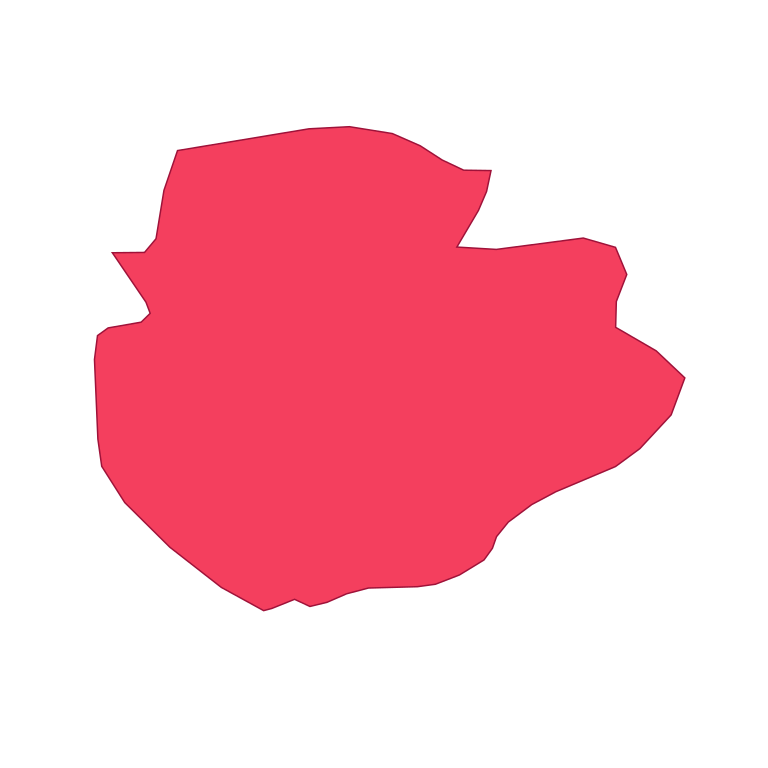 map outline of Addis Ababa (Robinson projection), rotated 282°
{"feature_id": "ETH-3133", "entity_name": "Addis Ababa", "entity_type": "Administrative State", "adm_level": 1, "iso_a3": "ETH", "parent_name": "Ethiopia", "parent_adm1": "", "projection": "robinson", "projection_center": [38.784, 8.965], "detail": "fine", "context": "isolated", "style": "filled", "palette": "rose", "viewbox_px": 768, "rotation_deg": 282, "n_neighbors": 0, "source": "natural_earth", "source_scale": "10m", "svg_char_len": 815}
<svg xmlns="http://www.w3.org/2000/svg" viewBox="0 0 768 768"><g transform="rotate(282 384 384)"><path d="M455.9,91.0L462.9,122.4L478.7,130.8L527.7,128.5L569.4,133.5L618.0,257.5L628.5,296.7L630.7,340.1L624.5,370.0L615.2,394.3L609.7,417.5L615.0,444.3L593.6,444.3L573.4,440.3L533.1,426.8L539.0,465.9L568.2,548.6L565.8,582.0L541.6,598.7L513.0,594.1L487.6,598.8L473.0,643.4L452.5,677.0L413.5,671.3L374.0,647.7L351.4,627.6L314.3,574.4L296.8,553.6L274.8,534.3L258.1,525.8L245.8,524.2L232.7,518.4L212.9,497.5L198.8,475.9L192.7,458.9L181.2,411.2L171.0,391.0L158.7,373.8L151.0,357.8L154.8,341.3L141.1,320.9L137.3,313.4L151.2,267.2L179.8,208.5L214.1,155.1L244.8,125.0L270.6,115.6L347.8,95.7L371.8,93.7L381.5,102.5L394.0,133.6L404.5,140.6L414.5,134.2L455.9,91.0Z" fill="#f43f5e" stroke="#9f1239" stroke-width="1.5"/></g></svg>